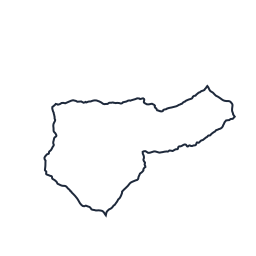 the district of Naja, Paro, Bhutan, rotated 314°
{"feature_id": "84629894B48616572457090", "entity_name": "Naja", "entity_type": "district", "adm_level": 2, "iso_a3": "BTN", "parent_name": "Bhutan", "parent_adm1": "Paro", "projection": "mercator", "projection_center": [89.419, 27.254], "detail": "fine", "context": "isolated", "style": "outline", "palette": "slate", "viewbox_px": 256, "rotation_deg": 314, "n_neighbors": 0, "source": "geoboundaries", "source_scale": "gbopen_adm2", "svg_char_len": 5871}
<svg xmlns="http://www.w3.org/2000/svg" viewBox="0 0 256 256"><g transform="rotate(314 128 128)"><path d="M213.3,155.9L212.8,155.9L212.4,156.0L212.0,156.0L211.7,156.2L209.3,156.3L208.7,156.5L208.3,156.5L206.8,155.9L205.8,155.3L205.4,155.2L204.9,155.0L203.6,154.9L203.0,154.5L202.3,154.2L201.5,154.2L201.1,154.1L200.5,154.1L199.4,153.9L199.1,154.0L198.2,154.1L197.0,153.2L196.2,153.0L195.5,152.9L195.1,153.2L194.1,153.4L193.5,153.4L192.1,152.7L190.5,151.8L189.2,151.3L188.4,150.9L187.6,150.7L186.8,150.7L186.4,150.4L184.6,149.9L182.7,149.9L182.1,149.4L181.3,149.2L180.4,148.8L179.9,148.5L178.3,148.1L177.1,147.6L175.8,146.8L172.9,145.0L172.1,144.4L171.2,143.8L170.8,143.5L169.8,143.0L169.3,142.6L168.8,142.6L168.1,142.4L167.1,141.7L166.1,141.1L165.6,140.9L165.1,141.0L164.7,141.2L164.3,141.2L163.8,141.0L162.9,140.3L162.8,139.8L162.4,139.5L162.0,138.7L161.8,138.3L161.8,137.9L161.5,137.5L161.0,136.7L161.2,135.8L161.7,134.9L161.5,133.5L161.8,132.5L162.7,132.0L162.8,131.4L162.8,130.7L162.1,128.4L160.9,127.5L160.1,127.0L159.3,126.4L158.2,125.2L157.6,123.2L157.4,121.8L157.7,121.3L158.5,120.8L159.6,120.1L160.0,119.4L159.8,118.2L157.2,116.6L157.0,115.5L156.7,115.2L155.9,114.2L155.1,113.7L154.2,113.4L150.2,111.1L149.3,110.7L149.0,110.1L148.1,109.3L147.4,108.9L146.0,108.5L144.5,107.5L143.0,106.5L142.1,106.6L141.2,106.3L140.6,105.8L140.4,105.5L139.8,104.3L138.9,103.2L138.5,102.7L137.3,101.8L137.0,101.2L136.5,100.6L136.1,100.0L136.0,99.6L135.8,99.4L135.3,98.9L134.7,98.6L133.9,97.7L133.4,97.2L132.9,96.9L131.2,96.6L130.7,96.2L130.3,95.7L129.6,95.1L128.9,94.6L128.5,94.0L128.1,93.2L127.8,91.0L127.0,88.5L126.7,88.0L126.4,87.2L125.9,86.2L125.5,85.7L124.5,84.6L123.0,83.6L121.8,83.0L121.3,82.8L119.9,81.5L119.3,81.1L117.5,80.3L117.2,79.9L117.3,79.4L115.4,78.6L114.9,77.1L114.6,75.9L111.7,73.3L111.3,71.7L109.8,69.2L108.2,68.2L105.4,67.0L102.2,65.7L101.2,64.1L99.9,62.9L97.9,62.4L96.1,61.4L96.0,60.8L95.1,59.3L94.4,59.4L92.8,59.3L90.5,59.0L89.3,60.1L87.9,62.5L87.6,63.4L87.4,63.9L86.7,64.7L86.2,65.7L85.4,66.8L85.0,67.5L84.1,68.3L83.8,68.7L83.2,70.0L82.5,70.5L79.4,71.5L78.6,72.0L77.6,72.8L76.2,74.5L74.6,76.1L74.2,76.6L74.0,76.9L73.8,77.7L73.8,78.8L73.7,79.5L73.4,80.6L73.0,81.5L72.6,81.9L72.1,82.1L70.2,81.8L69.7,81.9L69.3,82.0L67.2,83.3L66.1,83.9L65.3,84.6L64.9,85.1L64.5,86.1L64.1,86.5L63.2,86.8L61.9,87.0L60.1,87.6L59.6,87.7L58.8,87.9L58.1,87.9L56.4,87.7L55.6,88.0L54.8,88.7L54.3,88.8L53.2,88.2L52.8,88.0L52.4,88.0L50.6,88.1L49.8,88.2L48.7,88.5L48.4,88.8L47.9,89.3L47.7,89.7L47.5,90.1L47.3,91.3L46.6,91.9L45.7,92.7L44.0,94.3L42.6,95.5L40.6,97.0L40.0,97.5L39.9,97.8L39.9,99.4L39.7,99.7L38.4,100.7L38.1,101.1L38.0,101.4L38.2,102.1L39.3,104.6L39.4,105.0L40.2,106.4L40.2,106.8L40.0,107.3L39.2,108.3L39.0,108.7L39.0,109.2L39.6,111.6L39.6,112.4L39.7,113.7L39.6,114.1L39.5,114.6L39.1,115.6L39.0,115.9L39.1,116.3L39.2,116.8L39.5,117.5L39.8,118.4L39.9,118.9L40.5,120.3L41.0,121.1L42.3,122.6L42.5,122.9L42.9,123.6L43.0,125.3L42.8,126.5L42.8,127.3L42.9,128.0L42.9,128.8L42.8,129.6L42.6,130.1L42.6,130.5L42.9,131.3L42.5,132.0L42.5,134.3L42.4,136.9L42.0,140.3L41.8,141.2L41.5,142.4L40.5,145.8L40.4,147.0L40.3,147.9L40.4,149.0L40.5,149.7L40.9,150.2L41.1,150.6L41.5,151.0L42.7,151.5L43.0,151.9L43.8,153.9L44.0,154.2L44.4,155.1L44.5,155.7L44.5,156.3L44.2,157.8L44.1,158.3L44.4,158.9L44.7,159.5L45.7,160.9L46.2,161.9L46.6,162.4L48.4,164.1L49.5,165.5L50.0,166.3L50.4,167.0L50.6,168.0L50.5,169.5L50.0,171.4L49.8,172.7L51.2,171.8L52.4,171.1L53.3,170.9L54.2,170.8L55.8,170.9L56.2,170.9L56.8,171.1L57.8,171.5L58.2,171.6L59.5,171.8L60.9,171.7L62.3,171.5L63.2,171.8L63.8,171.8L65.5,171.5L66.5,171.4L67.7,171.2L69.8,170.6L71.4,170.7L72.4,170.6L74.4,170.0L77.0,168.9L77.4,168.6L78.2,167.9L81.4,167.9L82.7,168.0L86.2,168.1L89.4,167.8L90.7,167.9L92.2,168.4L95.5,169.8L96.9,170.6L97.4,170.7L98.0,170.7L98.6,170.6L99.9,169.7L100.3,169.5L101.4,169.1L102.6,168.7L103.4,168.3L104.4,168.4L105.0,168.6L106.6,168.7L108.1,168.6L108.8,167.9L109.7,167.5L111.1,167.4L112.0,167.6L112.6,166.9L113.0,165.9L113.4,165.2L114.5,164.6L115.0,164.1L115.1,162.8L115.7,161.4L116.2,160.9L117.5,160.3L118.0,159.8L118.7,159.0L119.2,158.0L119.6,157.0L119.8,156.5L120.1,156.1L121.1,155.1L122.1,155.5L122.9,156.1L123.5,156.7L124.1,159.7L125.4,160.9L126.9,161.7L129.3,163.0L130.2,164.1L131.8,167.2L132.3,167.9L133.6,168.8L134.5,169.5L136.3,170.7L137.9,172.0L138.6,172.9L139.1,173.2L140.5,173.4L140.8,173.6L142.5,176.1L145.0,176.8L145.8,177.1L146.6,177.8L147.2,178.3L147.7,178.3L148.1,178.1L149.1,177.5L149.6,177.4L150.1,177.5L150.6,177.8L151.1,178.4L151.8,178.8L152.3,179.0L153.1,179.3L154.4,179.6L155.5,180.2L156.0,180.8L156.2,181.3L156.2,181.8L156.0,182.6L155.9,183.3L156.0,183.6L156.3,183.9L157.5,184.0L158.4,184.5L158.5,184.8L158.7,185.6L159.5,186.6L160.2,186.9L161.2,187.4L161.9,188.1L162.4,188.4L162.8,188.5L163.2,188.5L164.7,187.8L165.4,187.6L165.7,187.8L166.0,188.4L166.3,188.9L166.7,189.1L167.1,189.2L168.2,189.2L169.7,189.3L170.0,189.4L170.7,189.8L171.4,190.2L174.5,190.6L175.0,190.6L176.6,191.1L177.9,191.0L178.5,191.1L179.4,192.0L179.8,192.2L180.3,192.2L180.7,192.2L181.3,192.1L182.4,192.2L182.8,192.3L183.6,192.4L185.0,192.7L185.5,192.9L185.9,193.0L187.7,192.9L189.1,193.7L189.7,193.9L190.1,194.0L191.1,194.6L192.1,195.0L193.1,195.2L194.0,195.2L195.1,195.0L195.7,194.7L196.2,194.5L197.7,194.1L199.1,193.5L201.6,193.3L203.2,194.6L203.7,195.1L204.0,195.3L204.4,195.4L205.5,195.5L206.1,195.8L207.1,196.8L207.6,197.0L208.1,197.0L208.8,196.9L210.3,196.9L210.6,195.2L210.8,194.2L211.4,193.5L211.7,192.8L212.6,191.0L213.5,190.1L214.3,189.4L215.9,188.2L216.7,187.6L217.5,186.7L217.8,185.7L217.9,184.5L218.0,183.6L217.8,182.6L217.2,181.6L215.9,180.3L215.2,179.3L214.7,178.6L214.1,177.3L213.8,176.0L213.6,174.5L213.3,172.6L213.0,171.0L212.3,168.8L212.3,166.8L212.4,165.5L212.4,164.3L212.0,162.7L211.9,162.2L211.8,161.3L211.9,160.7L212.4,159.1L213.1,157.4L213.3,155.9Z" fill="none" stroke="#1e293b" stroke-width="2"/></g></svg>